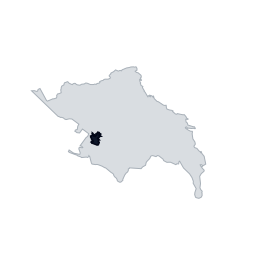 Morichal (Morichal Nuevo), Guainía, Colombia shown in context, rotated 126°
{"feature_id": "7082276B96401380433737", "entity_name": "Morichal (Morichal Nuevo)", "entity_type": "district", "adm_level": 2, "iso_a3": "COL", "parent_name": "Colombia", "parent_adm1": "Guainía", "projection": "equal_earth", "projection_center": [-69.908, 2.404], "detail": "fine", "context": "in_parent", "style": "filled", "palette": "ink", "viewbox_px": 256, "rotation_deg": 126, "n_neighbors": 0, "source": "geoboundaries", "source_scale": "gbopen_adm2", "svg_char_len": 6625}
<svg xmlns="http://www.w3.org/2000/svg" viewBox="0 0 256 256"><g transform="rotate(126 128 128)"><path d="M142.7,34.9L140.8,36.0L137.0,37.2L134.4,42.8L132.7,43.8L130.5,47.1L128.9,51.2L127.7,59.6L124.5,66.7L124.7,67.0L126.0,66.7L127.2,65.9L127.6,66.2L128.1,67.4L129.5,67.7L130.7,73.5L132.9,76.4L133.1,77.5L133.4,79.9L132.6,81.4L132.4,86.7L133.0,88.0L134.7,88.5L135.8,91.8L136.5,92.5L137.5,93.0L139.9,92.5L144.3,93.1L145.3,93.0L147.8,91.9L150.9,93.3L153.2,93.5L159.4,103.4L160.0,103.1L160.8,103.7L162.4,102.7L163.8,102.5L165.6,103.0L167.9,103.0L172.7,102.0L173.4,101.4L176.0,102.0L176.7,102.8L177.1,104.6L176.8,105.8L175.9,106.9L175.4,108.4L175.3,110.2L174.8,111.5L174.0,112.4L173.7,113.7L173.9,115.3L173.4,122.8L173.8,123.4L174.1,126.5L175.2,130.5L175.7,131.7L176.6,132.6L178.3,135.9L177.9,137.0L173.6,142.2L173.4,143.4L174.2,142.9L175.6,143.4L176.0,144.6L179.2,148.2L179.2,149.6L180.1,152.3L179.9,152.9L182.1,160.6L182.2,162.3L180.4,162.7L180.3,157.5L180.0,156.5L177.9,151.9L177.5,151.5L176.1,152.1L173.8,155.5L172.7,156.0L171.9,155.5L171.0,153.5L170.4,153.1L169.9,154.8L170.6,156.3L160.4,156.3L158.4,155.7L155.7,156.4L155.6,164.2L160.5,164.3L161.8,166.6L161.7,168.4L161.9,169.0L160.7,169.4L159.0,168.2L156.0,169.7L153.8,170.0L153.7,178.6L155.0,180.8L157.6,183.1L158.0,184.7L157.8,186.1L158.4,188.0L159.2,189.0L159.2,190.1L159.7,191.3L154.6,227.9L152.8,225.6L152.2,223.6L151.3,222.8L149.6,223.4L147.8,222.4L153.7,210.0L153.5,208.9L148.5,205.9L148.0,205.1L145.7,203.5L144.4,204.0L143.7,204.8L141.9,205.0L140.4,203.7L138.7,202.8L136.6,204.9L136.0,204.9L134.5,205.8L133.0,206.2L130.9,205.2L129.2,205.9L128.1,205.7L127.7,205.1L126.2,204.3L126.0,203.5L126.4,202.0L125.8,199.0L125.6,198.5L124.4,198.4L123.1,197.3L122.9,196.7L123.1,195.4L122.9,194.4L121.6,192.0L119.9,191.3L118.1,189.3L116.4,188.6L115.7,187.2L114.9,183.9L113.1,181.4L111.9,180.6L111.5,179.4L110.2,179.2L108.5,177.6L107.7,177.5L107.2,178.2L105.6,177.4L104.2,176.2L102.8,175.9L101.9,175.2L100.2,172.8L98.4,171.7L97.3,172.1L97.0,173.8L96.4,174.1L94.3,173.7L93.9,174.1L93.4,174.0L90.8,172.7L88.3,172.2L87.7,169.3L86.1,168.3L85.6,166.9L84.5,167.0L80.2,164.4L78.4,162.6L76.9,161.5L75.3,159.5L75.0,158.6L73.8,157.5L74.4,155.9L75.9,154.7L77.8,155.6L78.1,153.8L77.4,152.3L77.7,148.6L78.2,147.8L79.3,147.1L79.9,147.4L80.3,146.8L81.9,147.1L82.4,146.8L83.6,145.4L84.1,144.2L84.6,144.3L85.9,142.4L85.7,140.4L86.9,140.0L88.2,136.8L88.7,136.7L89.0,135.2L91.3,129.9L90.4,130.6L89.6,130.2L89.7,128.4L89.5,128.2L88.7,129.6L88.1,128.2L88.3,125.9L87.3,126.4L87.4,125.8L88.8,124.1L89.4,120.2L88.9,118.8L88.7,113.0L88.4,111.9L87.2,110.5L89.1,108.8L89.8,107.5L89.0,105.0L87.9,102.8L87.8,101.5L88.5,101.6L88.8,98.0L88.2,96.6L87.4,96.6L85.0,91.3L84.1,90.2L84.8,87.6L85.5,86.5L85.4,84.6L85.9,84.7L86.9,86.4L87.3,86.2L89.0,84.5L89.1,82.9L90.4,81.3L88.6,75.9L88.0,75.0L88.7,73.3L89.2,73.4L89.9,75.1L91.0,76.2L92.7,79.2L93.5,79.9L92.9,80.6L92.8,81.3L93.1,81.7L94.1,81.8L94.4,80.9L94.2,77.3L93.8,75.4L92.9,74.1L93.2,73.6L95.0,72.7L98.7,69.1L99.9,65.8L100.9,64.6L102.0,63.9L103.3,64.1L104.3,63.6L104.7,62.6L104.0,60.3L104.8,57.2L104.8,55.6L105.3,54.6L105.1,54.3L103.8,55.4L105.2,53.2L106.1,49.8L111.5,43.9L114.9,45.3L116.0,45.2L114.6,45.9L114.4,46.8L114.9,47.7L115.4,48.0L115.8,47.4L117.0,43.9L117.2,42.0L117.7,41.3L118.5,41.1L121.8,41.9L125.0,41.6L130.3,36.7L134.2,34.6L135.2,32.6L135.5,31.0L136.2,30.4L136.9,30.4L137.4,29.6L139.2,28.3L141.1,28.1L143.2,29.3L144.1,31.3L144.3,32.7L142.7,34.9ZM82.0,146.4L81.7,146.7L81.3,146.2L81.1,145.6L81.4,145.2L81.8,145.3L82.0,146.4Z" fill="#d9dde1" stroke="#a8b0b8" stroke-width="1"/><path d="M159.6,142.5L159.4,142.4L159.1,142.2L159.0,142.3L158.9,142.4L158.7,142.3L158.5,142.6L158.3,142.5L158.2,142.6L157.9,142.6L157.7,142.6L157.4,142.5L157.2,142.6L156.9,142.6L156.7,142.7L156.4,143.2L156.4,143.3L156.4,143.5L156.5,143.6L156.5,143.8L156.6,144.1L156.5,144.3L156.5,144.2L156.4,144.3L156.2,144.3L155.9,144.3L155.6,144.5L155.6,144.4L155.4,144.6L155.2,144.5L154.9,144.6L154.7,144.4L154.7,144.5L154.6,144.4L154.6,144.6L154.4,144.6L154.3,146.5L154.2,146.5L154.2,146.4L154.1,146.5L154.0,146.4L154.0,146.5L153.9,146.5L153.7,146.6L153.4,146.7L153.2,146.6L153.0,146.3L152.9,146.2L152.7,146.1L152.2,145.8L152.0,146.0L151.9,146.1L151.7,146.1L151.2,145.9L151.1,145.7L150.9,145.6L150.7,145.4L150.7,145.1L150.5,144.9L150.5,146.9L150.4,147.0L150.5,147.2L150.6,147.3L150.4,147.3L150.3,147.2L150.1,147.3L149.9,147.3L149.8,147.2L149.8,146.9L149.5,146.8L149.5,146.7L149.2,146.7L149.0,146.4L148.9,146.4L148.9,146.8L149.0,147.1L149.1,147.3L149.0,147.5L148.9,147.8L148.9,148.0L148.8,148.4L148.6,148.6L148.6,148.8L148.7,149.0L148.8,149.2L148.9,149.4L149.0,149.4L149.1,149.5L149.2,149.4L149.3,149.4L149.3,149.5L149.4,149.4L149.4,149.5L149.6,149.7L149.8,149.5L149.7,149.6L149.8,149.7L150.0,149.9L149.9,149.9L149.7,150.0L149.9,150.1L150.0,150.1L150.3,150.0L150.2,149.9L150.4,149.8L150.6,149.7L150.6,149.9L150.7,149.7L150.8,149.7L150.8,149.8L150.9,150.0L151.0,150.0L151.3,149.9L151.3,150.1L151.5,150.4L151.7,150.2L151.6,149.9L151.9,150.1L152.0,149.9L152.1,149.7L152.2,149.8L152.1,150.0L152.3,150.0L152.5,150.0L152.6,149.9L152.8,150.1L152.9,149.7L153.0,149.8L153.0,149.7L153.2,149.8L153.4,149.7L153.4,149.8L153.5,149.7L153.6,149.8L153.7,149.6L153.7,149.4L153.9,149.4L153.9,149.5L154.0,149.7L154.0,149.8L154.1,150.1L154.4,150.2L154.4,150.5L154.3,150.4L154.3,150.5L154.2,150.5L154.3,150.6L154.2,150.6L154.3,150.7L154.2,150.7L154.2,150.8L154.2,150.7L154.1,150.8L154.0,151.0L153.9,151.0L153.6,151.3L153.4,151.4L153.5,151.5L153.4,151.5L153.4,151.8L153.4,152.0L153.2,152.3L153.2,152.6L153.3,152.7L153.3,152.8L153.2,153.0L153.1,153.3L153.1,153.5L152.9,153.6L152.9,153.9L153.0,153.8L153.3,153.9L153.5,153.9L153.7,153.4L153.8,153.1L154.4,152.8L154.9,152.8L155.1,153.0L155.4,153.0L155.6,153.0L155.8,153.1L156.0,153.2L156.1,153.3L156.2,153.2L156.3,153.3L156.5,153.2L156.6,153.3L156.7,153.1L156.8,153.2L157.0,153.0L157.3,152.9L157.4,152.7L157.3,152.4L157.4,152.2L157.5,152.1L157.8,151.9L157.9,151.7L158.0,151.5L158.0,151.4L158.1,151.2L158.3,151.0L158.3,150.9L158.4,150.7L158.5,150.7L158.5,150.4L158.5,150.5L158.6,150.4L158.7,150.2L158.7,149.9L158.8,149.9L158.8,149.7L158.8,149.3L158.8,149.2L159.0,148.9L159.0,149.0L159.1,148.9L159.1,149.0L159.1,148.9L159.3,148.8L159.4,148.7L159.5,148.7L159.4,148.7L159.5,148.6L159.6,148.8L159.8,148.9L159.7,148.9L159.8,149.0L160.0,149.2L160.1,149.3L160.1,149.2L160.3,149.2L160.6,149.1L160.8,148.9L160.7,148.9L160.8,148.9L160.9,148.7L161.0,148.8L161.0,148.7L161.1,148.8L161.1,148.7L161.3,148.7L161.4,148.4L161.4,148.6L161.5,148.5L160.1,143.6L160.1,143.3L160.1,143.2L159.7,142.8L159.7,142.7L159.6,142.5Z" fill="#0f172a" stroke="#020617" stroke-width="1.5"/></g></svg>